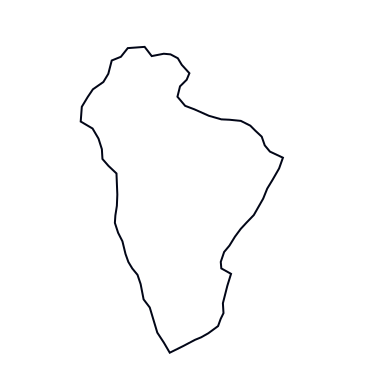 outline of Sinta, Cyprus, rotated 349°
{"feature_id": "46923920B25910914763137", "entity_name": "Sinta", "entity_type": "district", "adm_level": 2, "iso_a3": "CYP", "parent_name": "Cyprus", "parent_adm1": "", "projection": "albers", "projection_center": [33.704, 35.158], "detail": "fine", "context": "isolated", "style": "outline", "palette": "ink", "viewbox_px": 384, "rotation_deg": 349, "n_neighbors": 0, "source": "geoboundaries", "source_scale": "gbopen_adm2", "svg_char_len": 1070}
<svg xmlns="http://www.w3.org/2000/svg" viewBox="0 0 384 384"><g transform="rotate(349 192 192)"><path d="M138.3,47.6L132.4,60.0L126.0,67.1L114.3,72.3L107.8,78.8L100.1,87.3L96.2,101.6L106.5,110.7L110.4,121.7L111.7,132.8L110.4,142.5L114.9,150.3L121.4,159.4L118.2,180.3L115.6,191.3L112.3,200.4L110.4,207.6L111.7,218.0L114.3,227.1L114.9,240.1L116.2,248.6L118.8,255.7L122.7,262.9L124.0,272.6L124.0,288.2L128.5,297.3L129.8,310.4L131.1,323.4L135.6,334.4L139.5,345.5L153.8,341.6L166.7,337.7L173.2,336.4L181.0,333.8L192.0,328.6L195.9,322.1L199.8,316.9L201.1,307.1L208.8,290.8L214.7,279.8L206.2,272.6L206.9,266.1L212.1,257.0L218.5,251.8L225.7,244.0L232.8,237.5L239.9,232.3L248.3,226.4L260.6,212.1L266.5,203.0L273.6,195.2L282.0,185.5L287.8,175.7L276.2,167.2L272.3,160.1L271.0,151.0L265.8,143.8L261.9,138.0L253.5,131.5L242.5,128.2L234.7,126.3L223.1,120.4L210.1,111.3L201.7,106.1L195.9,95.7L200.4,86.0L208.2,80.8L212.1,74.9L206.2,65.2L203.6,58.0L197.2,52.8L190.7,50.9L178.4,50.9L173.2,40.5L156.4,38.5L148.0,45.7L138.3,47.6Z" fill="none" stroke="#020617" stroke-width="2"/></g></svg>